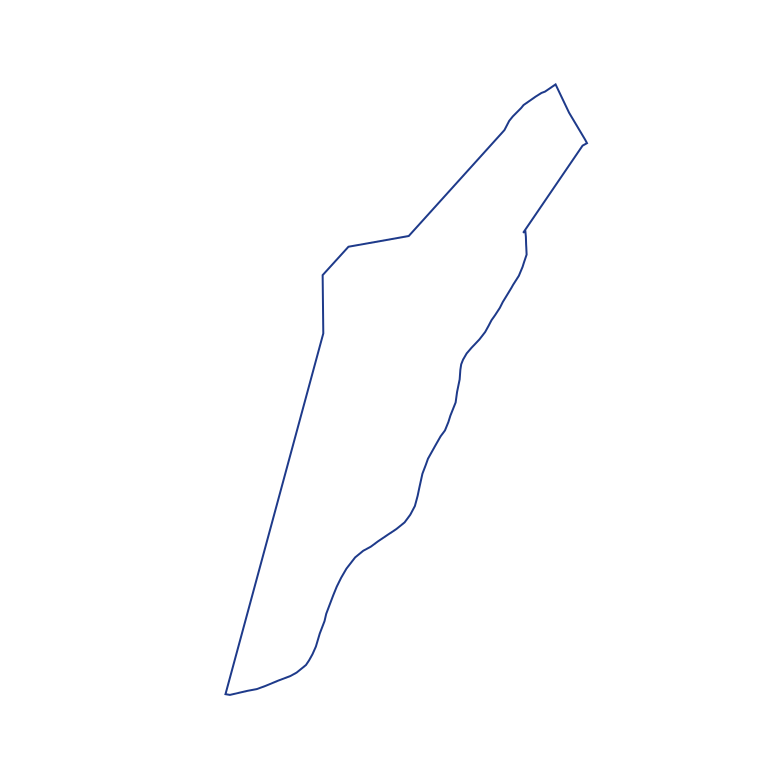 the district of New Village, Castries, Saint Lucia, rotated 129°
{"feature_id": "8701671B14881348545468", "entity_name": "New Village", "entity_type": "district", "adm_level": 2, "iso_a3": "LCA", "parent_name": "Saint Lucia", "parent_adm1": "Castries", "projection": "albers", "projection_center": [-60.985, 14.011], "detail": "fine", "context": "isolated", "style": "outline", "palette": "blue", "viewbox_px": 768, "rotation_deg": 129, "n_neighbors": 0, "source": "geoboundaries", "source_scale": "gbopen_adm2", "svg_char_len": 1174}
<svg xmlns="http://www.w3.org/2000/svg" viewBox="0 0 768 768"><g transform="rotate(129 384 384)"><path d="M724.8,312.0L722.6,308.1L708.5,297.1L701.2,290.9L693.2,286.1L681.2,279.6L669.9,273.0L663.3,270.3L651.5,267.8L646.0,268.3L639.1,269.5L630.9,271.7L618.3,276.9L605.7,281.0L598.9,284.3L580.1,290.5L571.2,293.2L561.4,295.4L551.1,297.0L536.9,297.3L526.7,295.2L518.8,291.9L509.9,289.6L499.1,286.3L488.9,283.1L478.6,280.9L469.1,281.3L459.4,283.2L449.7,287.5L442.3,291.3L429.5,297.7L420.3,300.7L414.4,302.8L399.9,305.3L389.0,307.1L381.7,307.4L373.1,310.0L366.8,312.5L353.3,316.7L344.2,322.2L332.8,328.1L324.9,333.6L320.1,336.4L315.3,337.9L308.2,339.0L300.9,338.8L289.4,337.9L280.0,338.1L273.2,339.3L266.8,340.6L260.5,341.0L251.9,341.9L245.5,343.3L237.9,344.3L229.1,345.5L225.6,346.1L215.0,347.3L213.0,347.9L205.8,350.0L201.5,351.7L193.7,354.6L188.5,359.2L186.3,361.2L180.4,366.3L176.2,370.4L178.9,371.0L73.8,379.7L69.1,377.8L67.6,381.3L56.7,410.9L43.2,439.2L55.5,442.9L58.7,444.8L65.5,447.1L73.9,449.5L79.4,451.1L83.2,451.1L95.0,452.3L100.7,452.3L110.9,450.2L253.4,457.9L299.7,498.0L338.0,500.2L382.9,463.0L724.8,312.0Z" fill="none" stroke="#1e3a8a" stroke-width="2"/></g></svg>